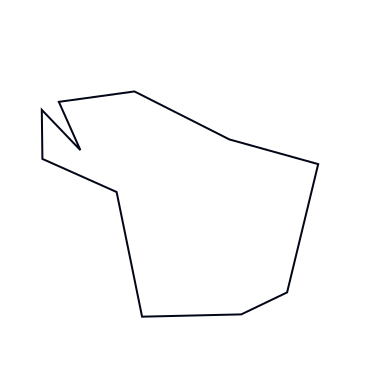 Martinsville, Virginia, United States of America (Robinson projection), rotated 159°
{"feature_id": "52423323B40390347243240", "entity_name": "Martinsville", "entity_type": "district", "adm_level": 2, "iso_a3": "USA", "parent_name": "United States of America", "parent_adm1": "Virginia", "projection": "robinson", "projection_center": [-79.858, 36.679], "detail": "fine", "context": "isolated", "style": "outline", "palette": "ink", "viewbox_px": 384, "rotation_deg": 159, "n_neighbors": 0, "source": "geoboundaries", "source_scale": "gbopen_adm2", "svg_char_len": 317}
<svg xmlns="http://www.w3.org/2000/svg" viewBox="0 0 384 384"><g transform="rotate(159 192 192)"><path d="M64.2,172.8L138.3,227.7L209.7,306.5L284.0,323.9L281.2,271.1L302.8,322.5L319.8,276.5L262.4,219.0L275.0,143.1L283.3,93.5L189.9,60.1L139.2,64.2L64.2,172.8Z" fill="none" stroke="#020617" stroke-width="2"/></g></svg>